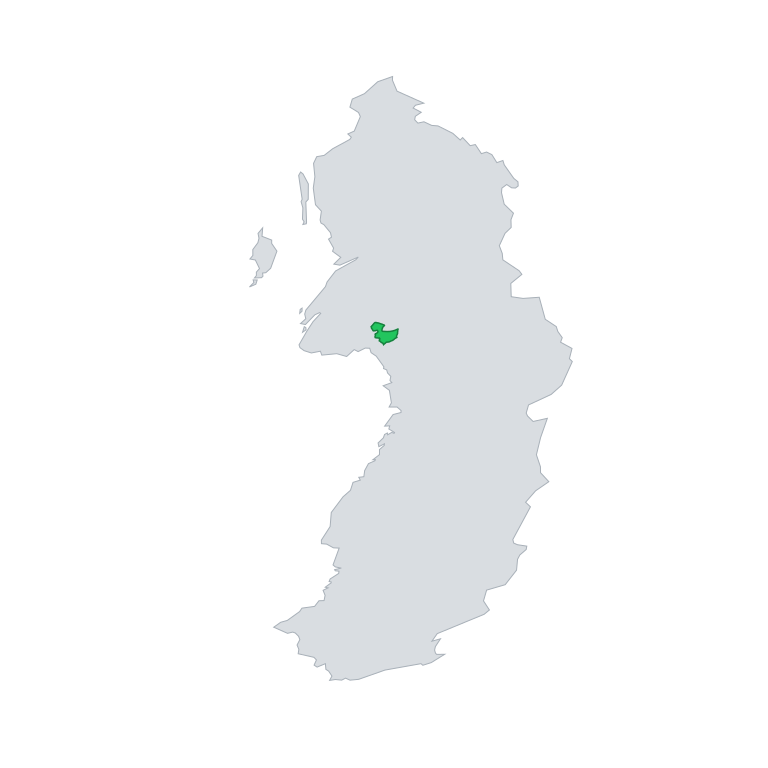 Sandviken, Gävleborg, Sweden (highlighted), rotated 150°
{"feature_id": "70781695B54333453376025", "entity_name": "Sandviken", "entity_type": "district", "adm_level": 2, "iso_a3": "SWE", "parent_name": "Sweden", "parent_adm1": "Gävleborg", "projection": "equal_earth", "projection_center": [16.677, 60.515], "detail": "fine", "context": "in_parent", "style": "filled", "palette": "green", "viewbox_px": 768, "rotation_deg": 150, "n_neighbors": 0, "source": "geoboundaries", "source_scale": "gbopen_adm2", "svg_char_len": 4870}
<svg xmlns="http://www.w3.org/2000/svg" viewBox="0 0 768 768"><g transform="rotate(150 384 384)"><path d="M175.4,490.1L178.0,495.4L184.0,494.7L186.6,490.9L190.0,479.6L186.5,467.2L191.9,462.8L195.6,456.0L203.8,454.0L215.0,446.1L216.3,438.0L219.0,432.1L210.3,414.4L209.8,410.0L223.9,407.7L230.2,396.0L220.8,388.6L206.2,381.5L212.0,359.4L206.1,347.6L207.2,342.6L206.5,335.0L210.2,331.9L203.4,320.8L210.8,313.2L209.7,309.3L230.7,294.2L244.4,291.4L269.3,293.6L275.4,287.7L275.7,284.5L273.6,277.0L259.7,272.6L275.2,259.3L287.4,246.5L289.9,234.1L292.8,228.9L290.1,217.0L306.1,215.7L320.5,210.8L318.6,204.4L350.2,184.9L351.2,181.4L348.8,178.1L341.4,172.2L343.6,169.6L351.9,168.0L356.0,165.4L362.3,156.5L379.4,149.6L398.2,154.2L406.3,146.4L405.7,135.6L412.4,134.5L462.7,141.2L471.1,137.3L462.5,135.1L470.8,130.9L473.2,128.3L474.0,125.2L473.6,123.5L466.6,119.6L482.4,119.1L491.0,121.0L491.8,123.3L526.3,135.8L553.6,140.9L561.5,144.5L564.4,148.5L568.7,148.7L573.9,152.4L579.3,154.5L575.1,157.1L575.5,163.1L577.0,165.9L574.6,171.1L583.5,172.3L585.1,175.5L580.5,178.8L581.3,182.3L593.2,193.3L590.4,196.8L589.8,201.4L584.7,204.7L584.1,208.2L585.3,212.7L587.1,214.8L592.2,216.3L601.1,228.5L592.6,229.3L586.0,227.6L570.9,229.1L567.1,230.9L555.3,226.1L548.7,228.8L544.2,226.4L540.7,230.4L539.9,235.8L534.4,235.4L536.5,237.4L529.2,238.2L528.7,239.0L530.3,240.4L528.1,242.1L517.9,242.6L516.6,244.4L519.6,246.6L519.6,247.9L513.0,245.9L517.6,249.9L518.6,252.8L504.9,264.3L509.7,267.4L513.7,274.0L518.0,277.0L516.3,280.1L501.9,287.5L493.9,299.1L475.8,306.8L466.2,308.7L460.0,314.3L452.6,312.6L452.5,315.8L447.8,313.8L444.0,318.7L437.3,322.8L430.1,322.1L429.3,322.8L431.5,324.0L423.2,325.1L420.7,329.5L414.5,330.7L413.5,332.0L419.8,332.3L418.6,335.9L411.4,337.7L408.8,340.0L405.6,339.9L406.2,338.2L401.5,338.2L400.0,336.2L399.1,336.7L402.3,342.6L400.0,344.9L404.5,347.2L391.4,353.0L383.5,350.8L382.5,352.5L384.2,357.5L391.1,361.5L387.0,364.0L382.5,375.8L385.6,382.9L376.5,381.3L377.1,384.0L374.3,387.2L375.4,391.8L374.6,394.9L376.7,397.6L375.5,399.0L376.8,412.0L379.5,417.6L378.5,422.1L382.3,424.5L390.2,425.0L392.6,428.7L402.6,426.5L409.8,433.9L423.4,440.1L422.7,444.2L431.4,447.2L436.5,452.8L438.6,457.5L438.0,460.4L424.6,468.2L414.2,473.5L403.5,476.8L404.0,478.0L409.3,478.5L422.3,474.8L426.1,478.1L419.1,479.6L417.7,484.2L414.7,487.1L386.0,497.6L382.3,500.8L369.4,506.1L346.3,505.7L342.8,506.8L362.8,509.0L367.5,512.9L358.1,515.3L362.2,524.6L359.7,526.9L359.6,537.2L356.1,537.4L354.7,541.7L356.4,552.1L358.1,554.9L357.3,558.0L351.8,565.0L353.7,573.5L347.3,589.0L340.2,598.1L334.7,610.3L328.6,614.5L321.5,611.9L310.8,613.4L291.3,612.9L288.9,614.1L290.3,618.6L283.3,617.9L270.8,627.4L270.3,631.9L275.1,640.8L269.0,646.6L255.8,645.2L238.3,648.9L222.8,646.0L224.8,642.9L226.3,631.1L209.1,607.3L217.4,609.7L220.8,608.4L215.9,600.7L223.0,600.2L225.3,597.5L224.2,593.0L218.3,591.1L213.4,584.1L208.2,580.5L199.1,566.7L196.0,557.2L192.7,558.1L190.2,547.3L185.2,545.7L184.5,534.8L179.2,533.6L175.9,528.7L175.6,519.3L169.3,518.1L170.3,513.6L168.8,497.2L166.9,492.1L168.8,488.4L172.2,488.0L175.4,490.1ZM443.2,540.6L440.3,541.7L438.6,544.7L434.1,546.2L433.4,555.7L437.6,559.3L433.3,560.9L430.4,566.0L422.6,569.4L419.4,572.7L417.8,577.4L411.0,579.9L415.8,572.9L409.3,564.8L411.0,561.9L410.3,552.6L424.3,540.9L430.7,539.5L433.7,540.8L434.9,537.9L436.9,537.3L443.2,540.6ZM353.6,607.3L350.2,609.3L349.1,606.4L349.5,595.1L357.3,581.8L360.7,580.7L370.2,562.8L371.2,561.6L374.5,562.7L372.1,564.4L372.2,567.5L366.2,577.1L364.6,583.4L362.5,584.9L353.6,607.3ZM445.9,537.0L445.3,539.6L441.8,537.5L445.1,534.5L452.0,535.3L445.9,537.0ZM428.7,469.5L424.4,473.5L423.5,471.9L424.4,469.9L428.7,469.5ZM419.3,490.5L417.0,490.7L418.6,488.0L421.7,487.3L419.3,490.5Z" fill="#d9dde1" stroke="#a8b0b8" stroke-width="1"/><path d="M349.6,417.9L349.6,418.5L349.0,419.4L348.2,420.1L347.4,420.6L346.7,421.3L346.5,421.9L345.8,422.7L345.2,423.7L344.5,424.5L343.8,424.6L345.6,424.8L347.5,425.0L350.0,425.6L352.5,426.5L355.0,427.8L356.7,428.9L359.0,430.4L359.2,431.3L358.6,431.9L358.3,432.5L357.4,433.1L357.0,433.7L355.5,434.1L354.6,434.4L353.8,434.8L354.1,434.8L355.1,435.8L355.7,436.7L356.3,437.3L357.3,438.4L358.0,439.3L358.7,440.0L359.8,440.7L360.1,441.3L360.9,441.6L361.0,441.7L362.0,441.6L363.7,441.0L364.7,440.6L366.5,440.1L366.8,438.6L367.0,438.3L366.8,437.6L366.8,435.9L366.7,435.4L365.7,434.9L364.6,434.4L363.8,434.3L362.9,433.8L362.9,432.6L363.4,432.0L365.0,431.6L365.6,431.5L366.3,431.8L367.0,431.2L367.3,430.1L368.2,429.4L368.4,428.6L367.6,427.8L366.5,427.1L365.7,426.4L365.0,426.1L364.9,425.4L365.1,425.0L365.9,424.6L366.5,423.7L365.8,422.6L365.7,421.6L365.3,420.9L364.6,420.1L364.6,419.1L364.7,418.3L364.0,418.5L362.4,418.7L361.3,419.0L360.6,418.9L360.0,418.5L359.1,418.1L358.1,417.8L356.7,417.8L355.2,417.5L353.8,417.5L351.9,417.9L350.2,417.9L349.6,417.9Z" fill="#22c55e" stroke="#15803d" stroke-width="1.5"/></g></svg>